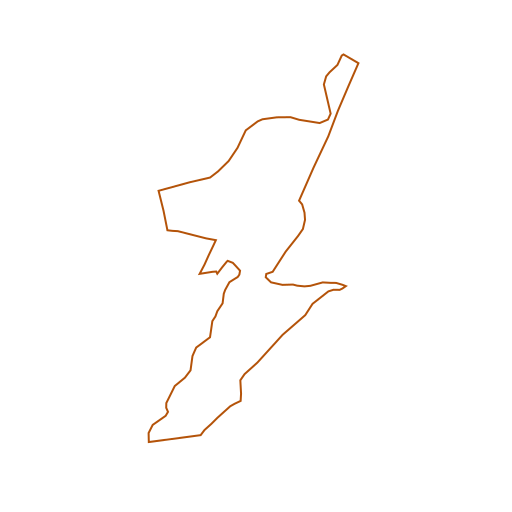 Palmiste, Soufrière, Saint Lucia, rotated 145°
{"feature_id": "8701671B68903094038939", "entity_name": "Palmiste", "entity_type": "district", "adm_level": 2, "iso_a3": "LCA", "parent_name": "Saint Lucia", "parent_adm1": "Soufrière", "projection": "mercator", "projection_center": [-61.056, 13.859], "detail": "fine", "context": "isolated", "style": "outline", "palette": "amber", "viewbox_px": 512, "rotation_deg": 145, "n_neighbors": 0, "source": "geoboundaries", "source_scale": "gbopen_adm2", "svg_char_len": 1658}
<svg xmlns="http://www.w3.org/2000/svg" viewBox="0 0 512 512"><g transform="rotate(145 256 256)"><path d="M68.7,370.9L70.8,371.0L79.7,365.8L90.4,364.3L95.5,362.9L102.0,357.6L107.6,343.7L113.2,329.8L118.8,326.5L127.6,328.4L136.5,337.0L142.5,342.8L148.1,349.9L159.3,357.6L172.3,364.3L177.4,365.3L192.3,364.8L201.6,359.5L209.1,355.2L223.9,349.5L238.4,347.1L248.6,346.6L267.7,354.3L298.4,365.3L303.8,351.3L305.8,346.1L313.8,327.9L312.6,326.8L310.0,324.5L305.8,321.2L294.2,307.7L286.8,299.1L279.8,292.0L284.3,289.4L294.2,283.8L295.9,282.8L303.1,278.5L312.4,273.7L300.7,268.0L297.5,266.1L297.9,263.7L290.0,266.2L287.2,267.0L283.3,268.1L282.0,268.3L278.9,263.7L278.3,259.6L277.5,253.1L280.3,250.3L281.3,249.9L283.0,249.3L288.4,249.6L292.8,249.8L300.7,245.9L304.0,243.6L310.5,236.4L319.3,233.0L324.0,229.7L325.6,229.1L329.1,227.7L336.8,219.5L340.3,215.8L343.8,215.7L357.5,215.3L362.8,212.1L365.4,210.5L368.0,207.7L375.2,199.9L381.2,198.0L384.0,197.1L397.1,196.1L406.8,190.8L413.8,187.0L416.6,183.2L417.5,178.8L421.7,176.9L431.0,176.9L437.5,176.9L445.5,172.6L450.5,165.1L404.1,141.0L398.0,143.0L388.9,144.1L380.4,145.6L363.3,147.7L358.2,147.2L351.7,146.1L347.2,151.8L340.1,163.2L333.1,165.8L316.0,167.9L279.3,176.2L249.6,179.3L237.1,184.4L217.0,185.5L211.9,183.9L206.9,180.3L203.9,179.8L199.7,179.8L201.6,182.7L205.8,188.0L210.4,191.3L216.5,196.1L228.6,200.4L233.7,203.3L239.3,208.1L242.1,211.4L250.9,217.2L258.8,225.8L260.2,233.0L257.9,235.4L251.4,233.5L229.1,242.6L210.0,248.3L202.1,251.2L195.1,257.5L191.4,263.7L188.6,271.8L189.0,276.6L158.3,295.3L128.1,312.6L105.7,327.9L83.4,341.8L61.5,355.2L68.7,370.9Z" fill="none" stroke="#b45309" stroke-width="2"/></g></svg>